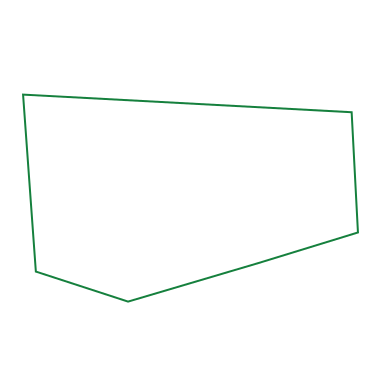 Aswan City, Aswan, Egypt, rotated 87°
{"feature_id": "37247803B88895964793077", "entity_name": "Aswan City", "entity_type": "district", "adm_level": 2, "iso_a3": "EGY", "parent_name": "Egypt", "parent_adm1": "Aswan", "projection": "natural_earth1", "projection_center": [32.989, 24.068], "detail": "fine", "context": "isolated", "style": "outline", "palette": "green", "viewbox_px": 384, "rotation_deg": 87, "n_neighbors": 0, "source": "geoboundaries", "source_scale": "gbopen_adm2", "svg_char_len": 246}
<svg xmlns="http://www.w3.org/2000/svg" viewBox="0 0 384 384"><g transform="rotate(87 192 192)"><path d="M263.3,352.1L298.1,261.6L266.4,129.3L241.1,28.4L120.7,28.4L85.9,355.6L263.3,352.1Z" fill="none" stroke="#15803d" stroke-width="2"/></g></svg>